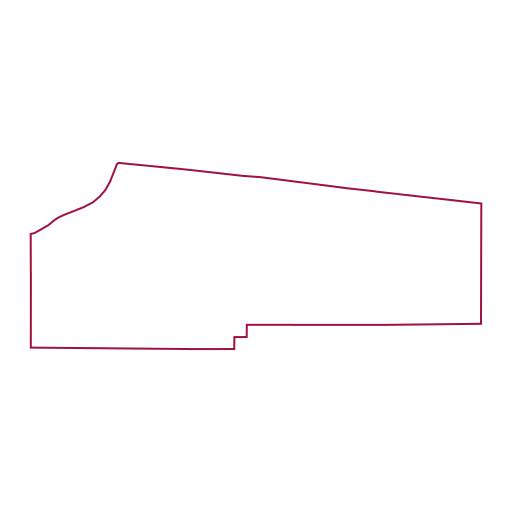 Tishomingo, Mississippi, United States of America, rotated 270°
{"feature_id": "52423323B71362276548625", "entity_name": "Tishomingo", "entity_type": "district", "adm_level": 2, "iso_a3": "USA", "parent_name": "United States of America", "parent_adm1": "Mississippi", "projection": "mercator", "projection_center": [-88.206, 34.729], "detail": "fine", "context": "isolated", "style": "outline", "palette": "rose", "viewbox_px": 512, "rotation_deg": 270, "n_neighbors": 0, "source": "geoboundaries", "source_scale": "gbopen_adm2", "svg_char_len": 561}
<svg xmlns="http://www.w3.org/2000/svg" viewBox="0 0 512 512"><g transform="rotate(270 256 256)"><path d="M164.4,30.8L162.9,197.1L163.0,234.2L174.9,234.4L175.0,246.7L187.2,246.8L187.1,382.3L188.2,481.0L308.5,481.3L319.8,381.3L320.4,376.1L320.7,374.9L323.8,346.7L331.7,285.2L334.8,260.7L336.2,242.1L342.4,186.8L349.1,118.5L347.7,116.9L330.2,110.0L322.1,105.4L320.0,103.7L315.4,99.7L309.7,92.9L304.8,83.5L297.5,65.0L294.7,58.8L292.0,54.6L286.8,48.3L278.9,34.5L278.1,30.7L240.7,30.8L237.7,30.9L164.4,30.8Z" fill="none" stroke="#9f1239" stroke-width="2"/></g></svg>